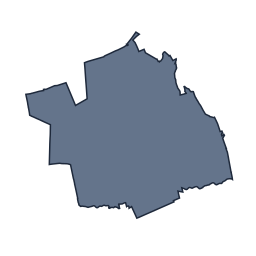 Cortazar, Guanajuato, Mexico, rotated 161°
{"feature_id": "50627088B71980494366589", "entity_name": "Cortazar", "entity_type": "district", "adm_level": 2, "iso_a3": "MEX", "parent_name": "Mexico", "parent_adm1": "Guanajuato", "projection": "natural_earth1", "projection_center": [-100.945, 20.422], "detail": "fine", "context": "isolated", "style": "filled", "palette": "slate", "viewbox_px": 256, "rotation_deg": 161, "n_neighbors": 0, "source": "geoboundaries", "source_scale": "gbopen_adm2", "svg_char_len": 5381}
<svg xmlns="http://www.w3.org/2000/svg" viewBox="0 0 256 256"><g transform="rotate(161 128 128)"><path d="M149.0,39.9L146.6,40.0L139.7,40.6L108.6,43.2L108.7,44.5L102.1,45.0L101.8,48.1L101.7,48.8L101.6,49.8L101.4,50.9L101.3,51.4L101.3,52.0L99.9,51.2L97.0,49.6L96.6,54.0L96.2,53.7L95.9,53.3L95.7,53.0L95.1,52.8L94.7,52.5L94.3,51.9L93.8,51.4L93.2,51.0L92.8,50.8L92.3,50.8L91.7,50.9L91.0,51.3L90.6,51.5L90.0,51.7L89.5,51.8L89.0,51.7L88.5,51.4L87.3,50.4L87.1,50.3L86.8,50.2L86.6,50.2L85.3,50.4L84.3,50.5L83.3,50.5L82.8,50.4L82.3,50.3L81.9,50.0L81.5,49.6L80.8,48.2L80.6,48.0L80.4,47.5L80.2,47.3L79.9,47.2L79.1,47.1L78.5,47.2L77.7,47.2L77.5,47.3L77.3,47.4L77.1,47.5L76.7,47.4L76.6,47.5L76.4,47.6L76.2,47.8L74.5,48.3L74.0,48.4L73.8,48.3L72.8,48.1L72.5,48.1L71.4,48.1L71.2,48.1L70.0,47.8L69.8,47.8L69.5,48.0L69.1,48.0L68.8,48.2L68.5,48.3L68.0,48.4L67.4,48.4L66.3,48.6L66.0,48.7L65.7,48.6L65.4,48.5L65.1,48.4L64.7,48.0L64.5,47.7L64.2,47.1L63.9,46.6L63.6,46.2L63.3,45.9L63.1,45.6L62.8,45.6L61.9,45.5L61.5,45.6L60.3,45.8L59.9,45.8L59.5,45.8L59.1,45.7L57.9,45.2L57.6,45.1L57.3,45.2L57.1,45.3L56.7,45.7L56.3,45.9L55.9,46.2L55.5,46.3L53.8,46.5L53.2,46.6L52.2,47.0L51.6,47.2L51.4,47.3L50.9,47.4L50.5,47.4L50.1,47.3L49.8,47.2L49.4,47.2L49.1,47.2L48.8,47.0L48.3,47.0L48.1,46.9L47.6,46.6L47.1,46.3L46.8,46.3L46.4,46.0L46.0,45.4L45.9,45.8L45.4,48.7L45.0,51.8L45.0,52.2L44.8,52.5L45.0,52.6L44.5,55.5L42.9,66.3L42.8,66.6L41.9,73.0L42.0,74.2L42.0,76.6L42.0,76.8L41.7,76.7L41.8,82.7L41.8,84.1L41.8,87.6L41.6,87.6L39.2,89.7L39.5,90.8L41.6,89.9L41.8,89.9L41.8,91.1L41.5,91.1L41.4,92.0L41.1,92.4L40.2,92.4L40.1,92.6L40.2,92.8L40.2,93.2L40.2,94.5L41.8,94.6L42.0,94.6L41.9,102.4L42.0,103.9L42.7,109.8L43.0,109.6L44.2,110.4L45.6,111.3L45.8,111.5L47.1,112.3L47.1,112.8L50.3,115.9L51.2,120.1L51.4,121.3L51.5,122.2L51.6,122.6L52.0,125.2L52.4,126.7L52.8,127.8L53.2,130.1L53.4,131.1L53.7,131.7L53.6,132.1L53.8,132.8L54.0,133.8L54.0,134.4L54.1,134.5L54.3,135.1L54.4,137.0L54.4,138.7L54.4,138.8L54.4,141.1L55.0,141.3L55.5,141.7L56.6,141.7L57.2,142.8L57.8,145.1L59.5,146.4L60.0,147.2L60.4,147.7L60.8,148.3L60.8,148.7L61.1,148.9L61.5,148.9L61.6,146.6L61.8,145.2L62.3,144.3L62.2,143.7L61.8,142.5L61.7,141.8L64.4,141.9L67.9,142.2L67.7,143.1L67.4,143.9L67.0,145.4L67.0,145.8L67.0,146.2L67.1,146.6L67.9,149.4L68.0,149.7L68.0,149.9L67.9,150.9L68.0,153.2L67.9,154.9L67.9,155.5L67.6,156.5L67.5,157.1L67.2,157.9L67.3,159.5L67.3,160.2L67.3,160.5L67.2,160.9L66.8,162.3L66.5,163.6L66.3,164.3L66.3,164.5L65.8,165.1L65.6,165.4L65.4,165.7L64.9,166.1L64.4,166.9L64.3,167.1L64.1,167.2L63.9,167.4L63.5,167.7L62.9,168.4L62.5,168.9L62.7,169.1L62.3,170.4L62.2,171.0L62.2,171.4L62.0,172.1L62.0,172.3L61.9,172.5L62.0,172.9L62.0,173.5L61.9,173.7L62.6,173.7L60.5,176.3L60.2,176.8L60.1,177.2L60.0,177.7L63.6,177.2L64.7,182.9L65.7,182.7L65.8,183.3L68.4,188.0L68.6,188.1L68.9,188.1L69.2,188.0L69.7,187.8L70.2,187.5L70.8,186.9L71.2,186.5L71.2,186.3L71.3,185.9L71.3,185.3L71.3,185.0L71.4,184.8L72.5,182.8L72.6,182.6L72.8,182.4L73.0,182.2L74.5,181.2L75.2,180.7L75.5,180.7L76.3,180.6L76.6,180.4L76.7,181.0L77.7,181.0L78.2,183.6L78.4,183.5L86.8,193.2L87.0,193.4L87.2,197.2L92.8,196.8L92.9,199.9L93.2,203.7L93.4,205.0L93.5,206.3L94.8,209.6L91.5,211.2L90.0,211.9L86.8,213.0L89.3,216.1L95.4,211.7L101.2,208.0L100.9,206.5L101.5,206.2L102.3,207.3L102.6,206.5L103.2,206.5L105.7,205.9L112.1,205.1L114.8,205.0L118.3,204.6L120.0,204.4L126.3,203.8L127.3,203.5L127.5,203.3L127.6,203.2L131.9,203.4L136.2,203.6L138.0,203.7L144.4,204.0L147.9,203.9L148.5,201.6L149.0,199.5L152.1,188.0L153.7,181.8L157.1,169.1L157.2,168.9L170.3,166.4L171.9,191.0L181.1,191.2L183.6,191.9L192.9,191.2L194.5,191.9L195.3,192.0L195.5,190.9L199.9,191.6L201.2,191.7L203.3,191.8L204.5,191.9L207.4,192.1L208.0,192.2L209.1,192.2L209.7,192.3L213.6,193.1L213.9,191.1L214.6,185.2L214.9,183.6L215.1,182.5L215.4,180.1L215.5,180.1L215.7,178.3L216.3,174.5L216.8,172.1L215.6,170.9L215.3,170.5L214.0,169.4L211.7,167.2L210.9,166.4L210.5,166.1L205.1,160.9L200.3,156.4L200.7,155.2L203.5,147.5L204.4,145.2L204.5,145.0L204.7,144.5L205.3,143.0L206.7,139.4L206.9,138.9L207.8,136.5L214.3,119.1L212.5,118.8L210.6,118.4L204.1,116.9L202.2,115.9L198.7,114.6L197.9,114.3L196.6,113.7L195.4,112.9L194.8,112.5L194.3,111.9L195.1,105.6L196.0,98.5L196.1,97.4L196.1,96.4L196.3,95.4L196.3,94.9L196.4,94.2L196.6,92.8L196.8,92.1L196.8,91.5L197.2,88.1L197.6,84.7L198.3,79.2L198.5,77.6L198.8,77.5L199.3,73.9L199.2,72.1L199.3,71.9L199.5,71.3L199.2,70.8L199.0,70.4L198.5,69.9L198.5,69.4L198.1,69.2L197.3,69.2L197.0,69.1L196.8,69.1L195.7,68.5L193.6,67.5L192.2,66.4L191.6,66.0L189.9,65.9L188.1,65.7L185.8,65.7L185.6,65.6L185.4,65.5L185.2,65.4L185.0,65.2L184.7,64.8L184.4,64.1L184.0,63.4L183.7,63.0L183.4,62.8L182.8,62.6L182.5,62.6L182.2,62.7L181.6,63.0L180.1,63.3L179.3,63.0L178.9,62.7L178.3,62.5L177.7,62.6L177.4,62.7L176.7,62.8L176.0,62.8L175.4,62.6L174.9,62.1L174.1,61.6L173.4,61.5L171.8,61.0L171.5,59.8L171.6,59.6L172.1,59.2L172.2,58.5L171.4,58.0L170.4,58.5L168.6,58.0L168.4,57.9L167.5,57.3L166.3,57.8L166.0,57.9L165.9,57.9L165.7,57.5L165.3,57.4L165.1,57.3L164.8,56.9L164.2,56.7L163.6,55.8L163.2,55.0L163.1,54.9L162.9,54.8L162.1,54.7L161.9,56.6L161.8,58.0L161.6,57.9L161.4,59.0L158.3,58.1L155.2,58.4L154.6,58.2L154.9,54.2L154.5,54.4L152.9,54.0L152.9,53.7L152.7,53.3L153.1,51.8L152.7,51.9L152.3,52.0L151.1,52.2L150.2,52.5L149.9,49.2L149.3,43.2L149.0,40.0L149.0,39.9Z" fill="#64748b" stroke="#1e293b" stroke-width="1.5"/></g></svg>